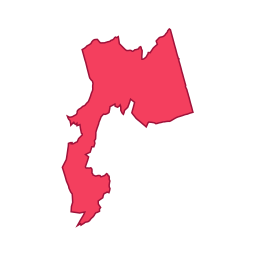 the district of Kuresoi North, Rift Valley, Kenya, rotated 189°
{"feature_id": "3690345B6327191419481", "entity_name": "Kuresoi North", "entity_type": "district", "adm_level": 2, "iso_a3": "KEN", "parent_name": "Kenya", "parent_adm1": "Rift Valley", "projection": "equal_earth", "projection_center": [35.615, -0.251], "detail": "fine", "context": "isolated", "style": "filled", "palette": "rose", "viewbox_px": 256, "rotation_deg": 189, "n_neighbors": 0, "source": "geoboundaries", "source_scale": "gbopen_adm2", "svg_char_len": 4624}
<svg xmlns="http://www.w3.org/2000/svg" viewBox="0 0 256 256"><g transform="rotate(189 128 128)"><path d="M88.6,204.3L89.0,204.2L90.9,208.0L91.8,210.0L92.9,212.6L94.8,216.7L98.4,224.8L101.5,231.7L102.7,232.3L104.0,230.1L104.2,228.7L105.3,227.1L106.1,225.4L107.4,224.0L109.0,223.2L110.4,222.7L111.4,221.9L112.2,220.7L112.9,219.7L113.8,218.3L112.1,215.2L114.0,212.9L115.3,211.3L115.9,210.2L117.9,205.8L118.9,205.9L119.8,205.7L119.9,204.2L120.5,202.9L120.8,201.9L121.3,200.8L122.0,200.0L123.1,198.8L124.2,198.2L125.0,198.1L125.3,199.5L125.4,199.8L125.6,201.1L125.7,202.8L125.9,204.8L126.1,206.6L126.7,207.6L127.3,208.4L127.6,209.5L128.2,210.3L129.4,209.5L130.0,207.8L131.4,207.1L132.2,206.7L133.5,206.3L134.5,205.1L135.4,204.5L136.0,204.5L137.0,205.0L138.2,205.1L139.3,204.7L140.1,204.5L141.4,204.3L142.8,204.9L144.8,206.3L149.7,209.9L151.9,216.7L153.3,215.5L154.7,215.8L155.0,215.4L155.4,215.0L156.0,213.7L157.1,212.6L158.3,212.1L159.2,211.0L160.5,210.3L161.2,210.1L162.4,209.5L163.5,209.0L163.8,208.8L164.2,208.6L164.9,208.3L166.0,208.2L167.3,207.9L168.7,207.8L170.1,208.9L171.2,209.9L172.1,210.7L173.2,210.5L174.0,210.3L175.0,210.0L176.1,209.1L177.1,207.6L177.6,206.3L177.8,205.7L178.1,205.3L179.2,204.3L180.4,203.3L181.2,202.9L181.7,202.0L182.3,201.3L183.3,200.1L184.5,199.1L185.6,198.3L181.2,188.6L180.5,187.2L180.0,186.2L177.4,180.0L174.1,172.4L173.9,172.0L173.5,171.3L173.2,171.0L172.9,170.7L171.9,169.7L170.5,168.8L170.1,167.9L169.5,166.5L169.5,165.3L169.5,164.2L169.4,163.6L169.2,162.4L168.9,161.1L168.9,159.2L169.5,157.0L169.8,155.2L170.0,153.5L170.4,151.6L170.8,149.8L171.3,147.9L172.5,146.3L173.3,145.0L173.9,143.8L174.9,143.0L176.2,142.2L177.4,140.6L178.5,139.6L179.8,138.5L180.8,136.7L180.6,135.4L180.9,133.7L181.8,132.6L182.9,131.9L184.2,130.8L185.2,130.2L186.4,129.8L187.3,129.5L188.5,129.8L189.7,130.2L188.6,128.2L187.9,127.3L187.1,126.7L186.5,126.3L185.8,124.6L185.2,123.1L184.9,121.8L182.1,125.7L182.3,124.2L180.0,123.3L179.2,124.5L178.7,122.3L176.0,123.8L174.9,120.1L173.2,115.6L172.4,115.2L172.1,114.0L175.1,109.8L176.0,106.4L177.4,105.6L178.5,104.7L179.2,104.1L180.5,103.6L181.6,103.6L181.1,104.8L182.4,104.6L184.4,103.5L184.1,100.7L184.1,98.9L184.0,92.7L184.0,87.2L185.0,84.1L186.7,78.9L185.1,75.7L182.7,70.8L180.5,66.0L177.7,61.5L176.8,59.2L174.6,55.9L172.8,54.1L172.2,51.6L171.0,45.9L171.6,41.7L171.1,36.4L168.3,36.4L162.3,36.5L160.4,37.3L157.5,38.2L158.2,35.4L160.6,29.4L162.7,23.7L159.9,26.1L159.2,24.7L158.3,25.6L156.7,26.9L155.5,28.2L152.9,29.2L152.3,29.7L151.4,30.6L150.7,32.1L149.9,33.3L148.7,34.7L147.8,36.3L147.3,37.8L146.3,39.4L145.3,39.8L144.2,40.5L143.1,41.3L143.5,43.6L142.6,45.2L145.4,48.2L146.0,51.2L144.5,52.8L143.2,54.0L142.0,55.2L141.9,57.5L141.4,59.4L139.5,60.7L139.1,61.1L138.6,61.4L136.7,61.1L136.4,63.2L136.3,65.3L137.3,66.9L137.7,68.7L137.7,70.3L137.7,71.5L137.6,72.8L138.2,73.8L138.6,74.7L138.7,76.0L139.2,77.5L140.2,77.8L140.9,79.1L141.5,79.4L142.0,79.6L142.6,78.8L142.9,78.5L143.5,77.5L144.5,76.9L144.9,76.7L145.4,76.4L146.3,75.9L147.3,75.6L148.1,76.6L149.1,76.6L149.7,76.5L150.2,76.4L151.0,76.0L152.4,75.4L153.8,75.8L155.0,76.0L155.6,77.0L156.6,78.0L156.8,79.9L157.2,81.7L158.3,82.8L158.8,82.8L159.9,82.3L160.6,82.2L161.3,82.3L162.6,81.9L163.6,82.2L164.0,83.2L163.4,86.6L162.8,89.9L162.4,93.3L165.8,95.2L163.8,96.7L161.6,98.2L161.2,101.0L160.8,103.8L158.8,104.1L158.3,107.6L159.2,110.2L158.3,112.1L158.7,116.2L159.1,118.8L158.6,122.5L158.0,125.7L157.7,127.3L157.6,129.2L156.9,132.1L156.3,135.0L154.4,137.8L152.7,137.9L151.5,138.5L150.4,139.2L149.2,140.4L149.1,143.2L149.1,146.3L147.1,147.8L146.0,148.6L144.7,149.6L144.1,147.5L142.8,147.2L141.5,146.9L140.1,148.2L139.4,149.6L138.8,148.6L138.6,148.1L138.3,146.9L137.9,144.4L136.8,142.7L135.7,141.4L134.7,140.8L134.3,142.8L134.2,144.8L133.6,145.6L132.3,147.3L131.5,148.4L130.9,151.3L130.6,152.9L130.3,154.6L130.0,156.9L125.5,154.4L125.7,152.2L126.0,149.0L126.4,145.8L126.6,143.6L125.4,142.4L123.3,140.5L121.5,138.8L119.6,137.6L117.8,136.6L116.3,135.7L112.9,133.6L111.8,133.0L110.2,131.9L109.7,133.5L109.2,135.7L108.4,137.1L105.9,137.3L102.7,137.3L101.2,136.6L99.8,137.1L98.5,137.8L96.9,138.4L96.5,138.5L95.6,138.9L94.8,139.3L94.4,139.5L93.0,139.8L92.1,140.1L90.3,140.7L87.9,141.1L86.6,142.0L85.4,143.0L83.0,145.0L81.5,146.1L80.8,146.5L80.3,146.8L79.9,147.0L78.4,147.7L76.0,148.9L74.8,149.6L73.4,150.3L71.5,151.0L69.3,152.3L66.3,153.7L67.1,155.4L68.4,158.5L69.8,161.5L71.3,164.9L72.3,167.3L73.1,168.9L74.1,171.2L74.9,172.8L76.0,175.3L77.7,177.7L77.7,179.2L78.9,181.7L79.6,183.3L80.9,186.1L82.4,189.5L83.6,192.0L84.9,195.1L86.3,198.2L87.5,200.8L88.3,202.4L88.6,204.3Z" fill="#f43f5e" stroke="#9f1239" stroke-width="1.5"/></g></svg>